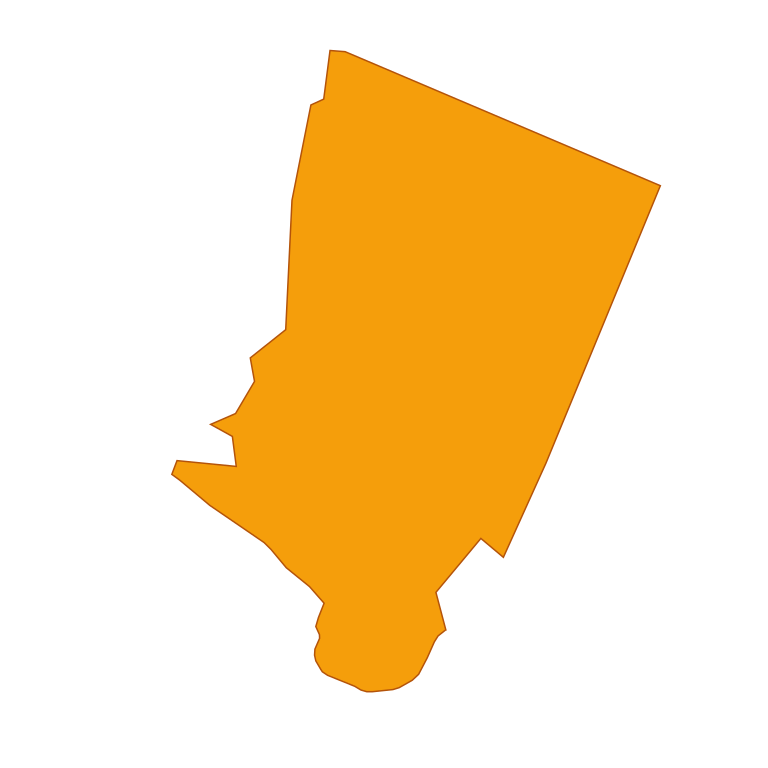 Carlisle, Kentucky, United States of America, rotated 293°
{"feature_id": "52423323B12449706455723", "entity_name": "Carlisle", "entity_type": "district", "adm_level": 2, "iso_a3": "USA", "parent_name": "United States of America", "parent_adm1": "Kentucky", "projection": "natural_earth1", "projection_center": [-89.084, 36.863], "detail": "fine", "context": "isolated", "style": "filled", "palette": "amber", "viewbox_px": 768, "rotation_deg": 293, "n_neighbors": 0, "source": "geoboundaries", "source_scale": "gbopen_adm2", "svg_char_len": 775}
<svg xmlns="http://www.w3.org/2000/svg" viewBox="0 0 768 768"><g transform="rotate(293 384 384)"><path d="M669.9,204.0L622.7,217.2L612.3,207.7L517.2,227.5L395.6,272.3L355.8,250.7L335.8,263.8L298.8,258.9L279.1,240.2L276.5,264.9L250.4,280.2L232.6,223.4L217.9,224.0L215.7,233.5L204.2,271.1L191.2,335.6L187.6,344.6L176.7,365.8L168.4,394.6L158.8,414.5L143.4,414.9L134.1,416.0L128.1,422.5L124.7,424.1L113.0,424.0L107.3,426.0L102.5,429.4L96.6,437.3L95.0,439.7L93.8,446.0L94.3,475.2L93.3,482.4L94.0,488.3L96.2,493.5L99.9,500.2L106.2,511.6L110.4,516.6L122.4,525.8L130.3,529.3L148.9,530.8L166.3,531.1L173.2,532.2L181.7,536.8L181.8,537.0L212.5,513.2L279.7,533.5L271.1,561.6L374.3,564.0L674.5,560.9L674.7,218.3L669.9,204.0Z" fill="#f59e0b" stroke="#b45309" stroke-width="1.5"/></g></svg>